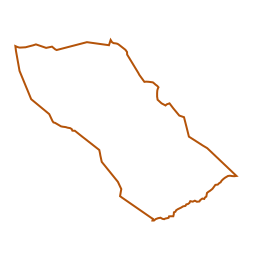 João Dourado, Bahia, Brazil (Albers equal-area conic projection), rotated 83°
{"feature_id": "56859067B11161986118081", "entity_name": "João Dourado", "entity_type": "district", "adm_level": 2, "iso_a3": "BRA", "parent_name": "Brazil", "parent_adm1": "Bahia", "projection": "albers", "projection_center": [-41.539, -11.21], "detail": "fine", "context": "isolated", "style": "outline", "palette": "amber", "viewbox_px": 256, "rotation_deg": 83, "n_neighbors": 0, "source": "geoboundaries", "source_scale": "gbopen_adm2", "svg_char_len": 1843}
<svg xmlns="http://www.w3.org/2000/svg" viewBox="0 0 256 256"><g transform="rotate(83 128 128)"><path d="M222.8,115.0L223.0,113.5L221.8,111.6L221.2,109.2L221.0,106.7L222.4,104.8L222.9,103.2L222.4,101.9L222.3,100.4L222.1,98.7L220.7,98.0L220.9,95.5L221.1,93.8L219.3,93.1L217.3,92.7L216.9,91.2L215.5,90.2L214.6,88.3L213.4,84.8L212.5,82.9L212.3,80.5L210.9,79.4L210.8,77.9L209.9,76.2L208.2,75.1L209.0,72.7L208.3,70.5L209.6,68.6L209.6,66.1L208.3,65.0L207.1,62.8L207.7,61.0L206.4,60.1L205.6,58.6L203.9,58.1L202.1,57.5L201.2,56.1L200.3,54.2L198.7,51.6L196.6,49.6L195.1,48.2L195.1,45.8L193.8,44.1L193.2,42.7L191.7,41.5L190.2,39.5L189.1,37.6L188.5,36.2L187.8,34.6L187.8,32.6L188.4,30.5L188.8,28.4L188.8,26.2L157.7,51.8L155.6,54.5L154.6,55.8L144.0,68.6L136.6,69.5L134.2,69.8L124.1,71.1L121.9,75.6L114.1,80.6L108.6,83.8L109.3,86.8L110.2,88.0L107.6,91.7L104.9,94.0L103.5,95.2L101.9,95.2L100.5,95.3L99.0,95.1L97.3,94.9L95.6,94.6L94.2,94.3L92.6,93.6L91.3,92.8L89.7,93.9L88.3,95.4L86.9,96.6L85.7,97.8L85.3,99.4L84.9,100.9L84.5,102.6L84.2,104.5L84.2,106.1L76.8,110.2L74.5,111.1L55.0,119.9L52.5,119.7L50.1,121.0L48.3,122.8L47.0,124.1L44.2,126.9L43.2,128.1L42.6,129.6L42.0,132.0L40.9,133.4L38.5,134.5L43.5,136.8L37.8,158.3L41.9,189.3L41.1,190.6L38.0,193.5L38.5,199.5L36.2,204.2L33.8,209.2L34.4,212.3L34.6,214.0L35.4,219.9L35.2,222.8L35.0,225.7L34.5,227.1L33.8,228.5L33.0,229.8L37.8,229.8L58.1,228.7L64.3,227.0L75.6,223.9L77.7,223.3L87.6,220.6L104.6,204.5L111.9,202.1L113.4,201.3L114.0,199.8L115.2,198.2L116.8,196.1L118.2,194.3L118.8,192.5L119.2,190.9L119.6,189.5L120.3,188.0L121.1,185.4L122.2,184.0L123.9,183.5L124.2,181.2L131.4,174.1L146.3,159.2L149.5,158.9L151.9,158.8L158.4,158.2L180.2,144.6L185.7,142.8L187.8,142.1L189.4,142.6L194.7,144.2L196.3,142.5L217.4,118.8L219.8,116.1L221.3,114.3L222.8,115.0Z" fill="none" stroke="#b45309" stroke-width="2"/></g></svg>